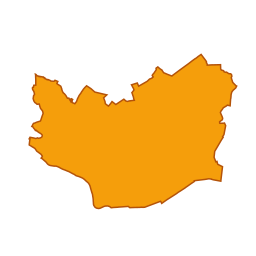 the district of Ziru pag., Ventspils, Latvia, rotated 189°
{"feature_id": "27541924B88472203341854", "entity_name": "Ziru pag.", "entity_type": "district", "adm_level": 2, "iso_a3": "LVA", "parent_name": "Latvia", "parent_adm1": "Ventspils", "projection": "mercator", "projection_center": [21.635, 57.135], "detail": "fine", "context": "isolated", "style": "filled", "palette": "amber", "viewbox_px": 256, "rotation_deg": 189, "n_neighbors": 0, "source": "geoboundaries", "source_scale": "gbopen_adm2", "svg_char_len": 5591}
<svg xmlns="http://www.w3.org/2000/svg" viewBox="0 0 256 256"><g transform="rotate(189 128 128)"><path d="M227.9,166.7L227.6,166.1L227.1,163.4L226.8,162.1L225.8,155.9L227.2,155.6L227.3,155.6L227.7,155.5L227.8,153.4L228.5,153.2L228.7,152.6L228.2,151.1L226.6,149.2L225.6,146.7L226.3,145.1L226.3,142.2L225.3,140.1L224.0,138.6L222.7,138.0L221.5,137.2L219.5,137.8L219.1,137.0L219.0,136.9L218.7,136.0L217.4,133.6L215.2,131.6L214.1,129.3L214.8,125.6L214.9,125.1L215.0,124.4L215.3,122.4L215.6,121.2L219.4,119.3L220.1,118.8L221.2,118.1L221.9,117.9L222.3,117.3L223.2,114.5L222.4,114.5L221.3,113.2L221.0,113.0L219.6,111.7L219.1,111.1L218.8,111.2L218.4,111.0L218.3,111.3L217.8,111.0L216.3,110.1L215.3,109.6L214.5,109.3L214.2,109.2L213.3,108.8L212.9,108.6L212.1,108.0L211.7,107.7L211.5,107.1L211.5,106.3L211.8,105.5L212.6,104.8L213.3,104.4L214.8,103.8L215.7,104.1L217.3,103.3L217.9,103.2L218.3,103.3L219.7,103.4L223.3,103.5L223.4,103.1L223.5,103.0L223.6,102.7L223.8,102.2L223.9,101.9L223.1,101.9L223.1,99.9L223.0,96.7L222.9,95.8L216.8,93.3L214.4,90.8L209.7,88.4L208.2,86.8L208.4,86.1L208.6,85.4L209.1,84.7L208.1,84.3L207.3,83.9L207.1,83.7L206.0,83.0L204.2,81.9L203.6,81.5L202.2,80.2L201.4,79.6L200.8,79.3L200.0,79.0L199.5,78.9L198.6,78.8L198.0,78.8L196.9,78.8L195.1,78.8L193.0,79.1L192.4,79.0L190.9,78.7L190.2,78.5L188.8,78.0L187.5,77.5L185.7,77.0L183.6,76.6L181.6,76.1L179.7,75.7L179.3,75.6L177.9,75.1L175.1,74.1L174.2,73.9L173.5,73.6L172.2,72.9L171.4,72.7L169.0,72.4L168.2,72.2L167.3,72.0L165.7,71.6L165.0,71.4L163.6,70.7L162.9,70.3L161.2,69.1L158.9,67.7L158.2,67.1L157.7,66.5L157.3,66.0L156.7,65.2L156.1,64.0L155.8,63.3L155.5,62.6L154.6,60.7L153.6,58.6L152.7,56.9L152.4,56.0L152.3,55.5L151.7,53.8L151.5,53.1L151.3,52.5L150.9,50.5L150.6,49.3L150.3,47.9L150.2,47.4L150.0,46.9L149.8,46.4L149.2,45.7L148.6,45.0L148.0,44.5L147.3,44.2L146.2,43.9L145.1,43.9L144.6,43.9L144.2,43.9L143.8,44.1L142.8,44.5L139.4,46.8L138.5,47.2L138.0,47.4L136.9,47.6L136.5,47.7L135.6,47.8L135.0,47.7L134.3,47.6L133.8,47.5L133.5,47.3L133.0,47.1L132.2,46.6L129.6,47.3L125.9,48.1L124.9,48.4L124.8,48.5L124.5,48.5L121.0,49.3L115.5,50.6L113.8,49.6L109.8,50.4L103.6,51.5L102.3,51.9L102.1,51.8L99.2,52.3L84.4,60.7L84.2,60.6L82.9,58.8L78.5,63.1L75.9,65.4L73.3,67.7L69.6,71.0L68.5,72.2L66.3,74.1L62.0,78.0L61.9,78.2L59.9,80.1L57.0,82.9L54.1,85.6L54.2,85.8L54.3,86.3L43.8,89.3L40.2,90.5L37.8,90.6L37.7,90.6L37.6,90.4L37.2,90.4L35.8,90.2L28.0,90.0L28.1,91.9L28.6,104.6L33.7,106.2L34.9,108.9L35.9,108.3L38.4,112.5L38.7,118.5L34.0,130.5L32.6,133.7L33.2,134.1L32.2,136.5L31.9,145.6L33.5,148.0L34.4,147.7L37.9,147.0L38.2,147.1L38.5,148.5L36.1,150.9L36.0,152.4L36.7,153.8L39.2,157.7L38.7,159.5L37.9,160.9L37.0,162.9L34.1,165.3L33.5,166.1L30.6,165.9L31.2,172.7L31.1,173.4L31.2,175.2L31.3,176.2L31.4,177.0L31.3,177.6L31.3,178.0L31.2,178.9L31.1,179.5L31.0,180.1L30.7,180.6L29.7,182.3L29.3,182.6L29.2,182.7L28.3,183.9L28.0,184.2L27.8,184.6L27.6,185.4L27.3,186.0L27.3,186.3L27.3,186.5L27.8,186.5L31.8,189.5L32.0,190.1L33.2,192.4L33.9,194.0L33.5,195.3L34.0,196.7L34.1,196.9L34.4,197.2L34.9,197.5L35.2,197.6L35.3,197.6L35.7,197.5L36.3,197.5L36.6,197.5L37.1,197.5L39.4,198.6L40.4,198.3L40.5,198.3L42.0,198.6L42.3,199.3L43.1,199.7L44.8,199.8L45.7,200.8L46.5,205.0L54.1,203.6L54.4,203.6L59.5,202.5L59.5,202.9L59.7,203.2L60.3,204.3L60.5,204.5L60.8,204.7L60.8,204.9L60.9,205.4L60.9,205.8L62.0,207.0L67.3,212.1L69.7,209.8L70.2,209.3L70.2,209.2L72.1,207.2L72.4,207.1L75.5,204.0L77.9,201.4L82.8,196.5L85.7,193.6L92.7,186.4L92.8,186.2L98.0,187.3L98.3,187.4L101.5,188.2L103.5,190.4L103.5,190.5L105.9,191.6L108.1,193.0L108.5,192.5L109.4,191.8L109.5,191.5L109.6,191.4L109.6,191.0L109.5,190.9L109.3,190.5L109.2,190.1L110.1,188.1L110.6,187.1L110.6,186.9L110.8,186.6L111.2,185.8L111.8,185.0L111.9,184.7L112.2,184.1L112.3,183.9L112.3,183.6L112.0,183.3L111.7,183.0L111.1,182.4L111.3,182.1L111.7,181.8L111.8,181.7L112.0,181.4L112.0,181.2L112.3,180.9L114.4,179.7L116.2,177.3L116.4,177.1L119.5,174.6L124.0,171.0L125.9,173.9L131.3,171.2L130.6,170.4L130.2,169.7L129.4,168.7L129.1,168.3L129.0,168.2L128.8,167.9L128.1,166.6L128.1,166.4L128.9,164.9L129.7,163.5L129.3,162.9L128.1,160.5L127.7,159.9L126.9,157.7L126.1,156.3L126.7,156.2L130.1,155.2L130.3,155.0L130.5,155.0L131.0,155.0L132.1,154.4L132.5,154.2L133.5,154.2L134.5,154.4L134.6,154.5L136.6,155.8L143.7,149.3L145.9,150.5L147.9,151.6L148.9,149.6L150.2,147.4L150.8,146.6L153.9,148.3L154.3,148.7L154.8,150.4L155.9,152.4L156.8,154.0L154.1,157.4L156.9,157.6L166.3,158.3L166.7,158.5L170.8,161.1L175.5,163.2L176.9,161.3L178.2,159.2L178.6,158.2L179.6,156.2L180.1,154.8L180.7,153.8L181.5,152.1L181.9,150.6L182.4,149.3L182.7,147.6L183.0,146.1L184.3,143.7L184.5,143.8L186.9,144.3L187.2,144.8L187.4,145.7L187.4,146.7L187.1,147.5L188.5,148.1L189.6,147.4L188.6,146.5L187.8,144.8L188.2,144.7L189.3,146.1L189.8,146.6L191.1,148.3L192.5,147.9L194.5,150.4L196.2,151.9L197.5,152.6L197.6,152.9L198.0,153.2L199.5,155.7L199.4,156.0L200.9,158.7L202.5,159.5L204.3,160.2L205.2,160.8L204.6,163.0L207.6,163.7L208.1,162.8L208.9,162.5L211.4,162.3L212.9,163.0L213.1,163.0L213.3,163.0L213.6,163.0L213.9,163.2L214.1,163.3L214.7,163.3L214.8,163.1L215.4,163.1L215.4,163.3L216.4,163.4L216.8,163.6L217.4,163.7L217.8,163.8L217.8,164.0L217.8,164.3L218.0,164.5L218.4,164.5L218.6,164.7L218.9,164.7L219.1,164.7L219.3,164.6L219.5,165.1L219.8,165.2L220.0,165.0L220.5,165.1L220.9,165.1L221.1,165.1L221.6,165.1L222.1,165.2L222.3,165.2L222.8,164.8L223.0,164.9L222.9,165.1L223.3,165.1L223.7,165.2L223.8,165.0L224.3,164.9L224.6,165.0L225.0,165.2L225.1,165.4L226.0,165.3L226.9,166.2L227.8,166.7L227.9,166.7Z" fill="#f59e0b" stroke="#b45309" stroke-width="1.5"/></g></svg>